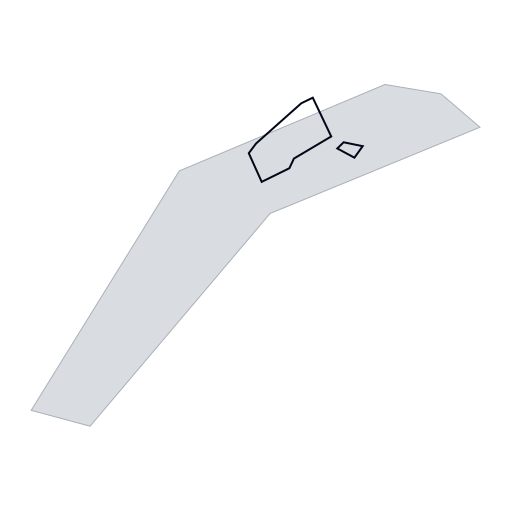 Paget highlighted on a map of Bermuda, rotated 182°
{"feature_id": "BMU-5138", "entity_name": "Paget", "entity_type": "state/province", "adm_level": 1, "iso_a3": "BMU", "parent_name": "Bermuda", "parent_adm1": "", "projection": "natural_earth1", "projection_center": [-64.789, 32.281], "detail": "fine", "context": "in_parent", "style": "outline", "palette": "ink", "viewbox_px": 512, "rotation_deg": 182, "n_neighbors": 0, "source": "natural_earth", "source_scale": "10m", "svg_char_len": 489}
<svg xmlns="http://www.w3.org/2000/svg" viewBox="0 0 512 512"><g transform="rotate(182 256 256)"><path d="M335.6,338.4L133.1,431.9L76.8,424.5L36.7,392.5L243.4,299.0L415.9,80.1L475.3,93.9L335.6,338.4Z" fill="#d9dde1" stroke="#a8b0b8" stroke-width="1"/><path d="M185.0,378.1L221.5,354.7L225.7,344.9L252.9,330.3L266.8,358.5L259.8,368.5L216.1,410.2L204.8,416.2L185.0,378.1ZM161.1,357.7L178.5,366.3L172.4,372.7L153.2,369.5L161.1,357.7Z" fill="none" stroke="#020617" stroke-width="2"/></g></svg>